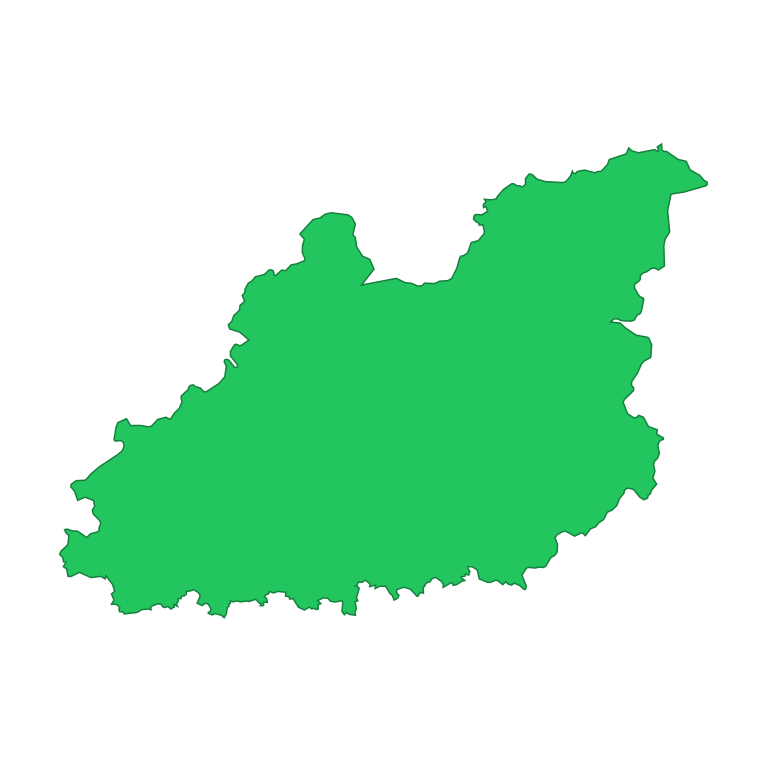 outline of Ivohibe, Ihorombe, Madagascar, rotated 88°
{"feature_id": "10022922B57896428715958", "entity_name": "Ivohibe", "entity_type": "district", "adm_level": 2, "iso_a3": "MDG", "parent_name": "Madagascar", "parent_adm1": "Ihorombe", "projection": "mercator", "projection_center": [46.923, -22.545], "detail": "fine", "context": "isolated", "style": "filled", "palette": "green", "viewbox_px": 768, "rotation_deg": 88, "n_neighbors": 0, "source": "geoboundaries", "source_scale": "gbopen_adm2", "svg_char_len": 6138}
<svg xmlns="http://www.w3.org/2000/svg" viewBox="0 0 768 768"><g transform="rotate(88 384 384)"><path d="M169.8,82.4L161.4,93.5L161.4,96.0L159.9,98.1L153.9,98.2L156.6,102.6L160.5,101.4L161.3,102.1L159.2,105.3L161.8,121.7L159.7,128.0L156.6,131.2L162.5,133.8L167.5,151.0L172.3,152.9L179.1,159.6L179.1,163.4L180.3,165.7L177.2,176.0L178.3,183.3L180.4,185.1L179.8,187.6L177.9,188.3L182.4,190.2L185.7,192.9L188.2,195.5L188.9,198.4L187.4,215.5L184.7,223.8L179.7,228.8L179.2,231.5L183.6,235.5L189.5,235.6L192.0,239.0L190.5,241.5L190.7,243.9L188.4,247.4L188.4,249.6L193.9,258.0L200.7,264.3L202.8,264.9L203.7,270.4L202.9,277.2L205.2,275.6L208.1,278.5L211.2,278.3L210.2,276.0L215.0,274.3L218.3,280.3L217.8,286.6L219.2,288.2L222.1,288.8L224.8,286.7L226.7,283.5L228.5,283.4L228.4,279.6L234.9,278.3L237.6,278.9L244.1,284.9L245.6,291.8L255.8,295.8L258.5,299.8L258.8,302.5L260.4,303.9L270.7,307.1L280.9,312.7L282.9,316.5L283.2,324.9L285.4,329.6L284.6,339.9L287.4,343.0L287.1,347.5L284.3,353.0L283.5,359.2L278.9,368.0L284.3,403.0L268.9,390.0L258.9,393.9L255.6,400.9L246.1,406.5L236.4,407.6L234.0,410.0L223.1,407.1L216.4,410.3L213.7,414.1L211.0,430.9L212.3,436.9L215.9,442.3L217.2,449.2L231.1,462.8L236.6,458.5L242.6,460.6L249.9,461.0L256.6,458.4L258.0,459.2L260.9,467.1L261.7,472.7L267.4,478.3L266.5,482.1L271.8,488.4L271.5,489.8L266.9,490.8L265.8,493.3L266.2,495.1L270.5,499.9L272.3,508.7L276.5,512.5L278.3,515.9L284.0,519.4L288.1,520.1L290.5,522.6L296.6,520.4L300.3,525.1L305.3,525.9L310.5,531.8L316.0,533.9L319.5,537.6L323.7,536.2L327.1,526.5L335.2,517.5L340.4,525.1L340.6,527.0L339.1,530.5L339.6,532.0L346.0,536.4L350.8,536.4L359.5,529.7L361.8,530.0L362.5,532.5L354.7,538.2L353.8,540.4L354.4,542.4L356.4,542.9L360.5,540.9L371.3,542.9L377.7,548.9L385.5,561.8L385.5,564.3L381.5,567.8L380.2,572.2L378.2,574.7L378.6,577.5L380.5,579.4L382.5,579.6L388.5,586.7L390.9,587.3L394.9,586.5L401.4,589.6L405.6,594.4L412.0,598.8L409.6,603.1L411.5,611.4L417.7,617.5L418.7,620.9L416.9,628.9L416.7,638.7L409.7,642.6L413.3,651.3L417.8,653.3L430.4,655.7L431.7,654.2L431.3,649.0L433.2,646.6L436.9,645.9L441.4,647.7L445.4,652.8L456.6,671.0L463.1,679.4L469.7,685.8L469.9,695.1L473.2,700.0L475.7,700.7L480.6,696.9L489.6,694.2L486.7,686.8L490.3,678.4L496.0,677.4L499.7,679.8L502.3,679.5L504.2,678.8L510.4,673.0L513.3,671.9L518.3,674.0L520.3,673.5L522.0,676.2L523.5,682.7L527.1,686.4L520.4,695.4L519.8,701.0L518.0,705.8L518.4,708.3L521.3,707.2L524.4,704.3L532.0,705.2L534.6,706.5L539.4,712.4L542.8,714.1L546.4,711.0L550.5,710.5L551.1,707.9L555.3,710.9L557.7,707.6L565.2,706.5L565.5,703.7L561.6,695.0L567.2,683.6L566.4,673.5L569.1,669.5L566.0,668.6L574.9,662.2L581.9,660.4L584.3,663.7L590.5,661.4L594.6,664.0L595.0,658.8L598.3,655.8L599.9,656.8L602.3,656.2L602.8,652.5L604.7,651.8L603.7,638.7L601.0,633.9L600.6,627.6L601.5,624.7L599.1,624.9L597.9,623.9L595.9,618.2L596.1,614.7L599.1,612.7L599.8,610.7L598.7,607.8L601.4,604.9L601.3,603.8L599.9,603.0L599.7,601.4L597.0,601.6L598.9,598.2L596.5,599.3L594.0,597.1L591.2,597.4L591.5,594.5L589.0,593.7L588.7,591.0L587.1,588.9L584.2,588.8L584.2,585.2L582.9,581.4L585.8,577.0L588.1,575.5L589.9,575.3L596.6,578.4L599.1,573.3L597.0,570.7L597.5,567.5L602.4,564.9L605.3,565.5L606.1,567.6L607.0,567.6L608.8,563.9L607.6,560.7L609.5,554.5L612.0,551.9L608.2,549.6L601.8,548.4L600.9,546.7L598.4,546.8L598.1,545.3L595.4,544.8L596.5,542.4L595.6,538.7L596.7,535.4L596.1,528.2L596.7,526.7L594.7,519.6L598.5,516.4L599.3,514.6L601.2,515.4L601.5,513.1L600.7,512.0L597.9,512.1L598.1,508.2L594.8,508.6L592.2,510.8L590.5,509.5L590.1,507.3L587.3,505.3L589.0,501.7L587.6,497.4L588.7,489.4L592.6,489.8L593.2,486.5L595.7,485.7L595.4,482.3L604.2,477.2L607.1,471.3L604.4,466.4L606.3,464.0L605.7,462.2L607.1,459.1L606.6,457.6L602.4,457.6L601.3,454.8L598.1,457.9L595.6,452.0L596.2,447.6L599.1,445.3L600.2,441.2L599.2,433.6L601.1,432.8L609.7,434.0L612.4,432.3L613.2,431.6L611.1,429.1L613.0,426.9L614.1,420.6L611.0,421.1L607.8,419.5L600.4,420.5L599.7,417.7L596.8,419.0L587.4,415.9L585.9,416.9L584.8,419.6L583.9,417.8L581.1,416.3L581.4,412.8L579.3,409.2L583.6,404.9L586.0,405.4L584.7,399.4L588.1,400.1L585.9,395.2L586.3,389.3L593.4,385.5L595.8,383.0L600.3,381.4L598.7,378.0L595.8,376.4L592.8,378.8L590.1,378.5L587.7,371.5L590.0,364.8L597.3,358.4L597.1,357.3L593.6,355.3L594.4,351.9L588.4,352.0L587.6,350.3L586.2,350.4L583.8,347.5L583.3,344.8L580.5,343.2L579.0,339.2L583.6,333.1L586.5,331.7L589.3,332.0L585.0,323.9L585.4,322.2L587.6,322.0L587.1,318.5L583.7,312.8L583.2,310.2L580.5,313.4L579.3,313.5L578.9,309.9L576.9,309.3L577.9,306.0L574.3,304.7L571.0,306.8L569.5,306.6L569.8,302.1L573.0,297.3L582.1,295.6L585.7,287.7L586.0,284.7L584.0,279.4L584.2,277.7L588.7,272.3L585.9,269.2L588.3,266.9L589.4,263.5L587.6,260.8L590.0,255.6L594.4,250.9L594.1,249.7L591.1,248.8L579.9,252.8L573.3,248.3L572.3,246.5L573.2,239.3L572.4,235.5L572.9,231.1L571.8,228.8L563.4,223.4L560.9,219.0L557.6,216.7L550.3,216.2L543.6,218.5L540.6,216.1L537.9,211.0L537.4,207.7L542.7,198.8L539.4,191.1L542.6,188.1L536.0,182.7L533.9,177.2L530.3,174.4L527.1,169.2L520.0,165.4L518.0,160.5L513.3,155.4L506.9,152.8L501.6,148.1L498.9,147.4L497.1,145.7L496.6,143.3L498.1,138.3L506.1,132.2L508.8,128.2L507.3,124.6L504.5,123.9L502.8,121.5L499.5,120.4L493.6,115.0L487.4,118.6L480.7,116.3L473.4,117.5L470.7,116.4L467.8,113.3L462.9,111.2L455.1,112.5L452.1,111.4L449.9,109.5L449.2,106.9L447.7,106.6L444.2,112.3L442.7,113.2L439.3,112.5L435.7,121.2L426.3,125.8L424.2,130.6L426.2,132.6L426.6,135.4L422.3,141.6L410.7,145.6L408.1,144.5L399.2,134.8L396.4,134.7L394.0,136.7L390.3,136.4L381.8,130.2L372.9,126.0L369.9,122.9L366.8,116.5L354.0,115.1L347.3,117.8L346.4,119.4L344.0,130.3L336.3,140.9L331.3,145.9L330.0,155.4L327.0,152.0L327.1,148.0L328.7,145.3L329.3,141.5L329.8,134.9L328.8,131.5L324.1,128.8L322.6,125.6L319.8,124.1L308.7,121.5L307.2,121.8L305.9,124.8L303.4,126.9L296.8,130.2L293.2,130.2L289.8,125.2L287.9,124.1L284.9,124.2L282.1,121.4L281.0,117.5L277.9,112.9L277.5,109.6L279.6,105.8L275.9,99.6L255.0,99.5L248.8,97.8L241.9,93.2L220.6,94.5L204.2,90.5L202.7,77.8L197.2,55.5L195.8,53.9L193.4,54.1L191.9,56.8L186.4,61.3L180.7,70.6L172.1,74.1L169.8,82.4Z" fill="#22c55e" stroke="#15803d" stroke-width="1.5"/></g></svg>